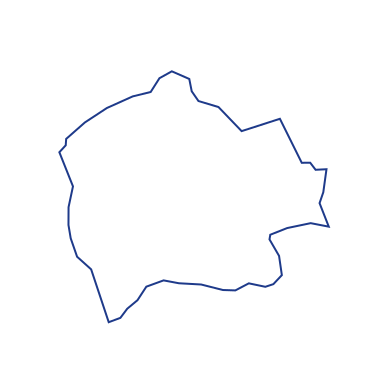 Humphreys, Tennessee, United States of America, rotated 245°
{"feature_id": "52423323B79076745514263", "entity_name": "Humphreys", "entity_type": "district", "adm_level": 2, "iso_a3": "USA", "parent_name": "United States of America", "parent_adm1": "Tennessee", "projection": "natural_earth1", "projection_center": [-87.797, 36.024], "detail": "fine", "context": "isolated", "style": "outline", "palette": "blue", "viewbox_px": 384, "rotation_deg": 245, "n_neighbors": 0, "source": "geoboundaries", "source_scale": "gbopen_adm2", "svg_char_len": 723}
<svg xmlns="http://www.w3.org/2000/svg" viewBox="0 0 384 384"><g transform="rotate(245 192 192)"><path d="M293.3,100.4L287.7,97.3L284.1,88.6L247.4,86.5L230.4,73.7L214.3,66.1L201.3,62.5L181.9,60.5L164.5,67.9L109.2,61.5L108.2,73.9L113.6,84.0L117.0,96.9L125.5,110.6L123.9,128.9L114.8,141.6L104.3,161.2L90.1,178.6L84.5,189.7L85.2,204.9L75.1,218.4L74.1,226.8L78.7,238.3L97.3,243.9L116.3,242.2L120.2,244.9L119.1,263.0L113.6,286.4L102.8,301.3L128.0,302.9L136.3,310.9L155.8,323.5L159.9,313.4L168.6,311.5L172.1,303.8L221.2,302.6L226.2,262.7L257.8,251.9L271.7,236.3L283.4,234.3L295.6,237.3L309.9,224.7L308.9,210.6L300.1,196.8L303.7,178.7L304.1,150.3L300.3,124.3L293.3,100.4Z" fill="none" stroke="#1e3a8a" stroke-width="2"/></g></svg>